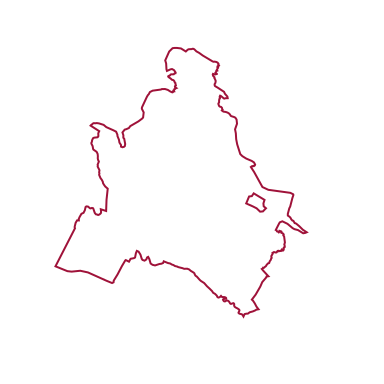 the district of Kailo, Maniema, Democratic Republic of the Congo, rotated 297°
{"feature_id": "63176286B17504702690240", "entity_name": "Kailo", "entity_type": "district", "adm_level": 2, "iso_a3": "COD", "parent_name": "Democratic Republic of the Congo", "parent_adm1": "Maniema", "projection": "equal_earth", "projection_center": [25.788, -2.56], "detail": "fine", "context": "isolated", "style": "outline", "palette": "rose", "viewbox_px": 384, "rotation_deg": 297, "n_neighbors": 0, "source": "geoboundaries", "source_scale": "gbopen_adm2", "svg_char_len": 6104}
<svg xmlns="http://www.w3.org/2000/svg" viewBox="0 0 384 384"><g transform="rotate(297 192 192)"><path d="M319.3,132.1L320.2,129.3L320.2,128.6L320.1,127.8L319.1,126.7L317.8,124.4L316.9,123.6L314.4,122.7L314.9,117.0L313.5,113.1L312.5,111.1L311.3,109.4L306.8,107.9L297.1,108.4L294.8,110.6L289.8,113.5L288.5,114.7L291.1,116.8L292.1,117.8L292.5,118.5L292.4,120.7L291.0,123.2L290.3,123.4L289.7,122.6L288.6,122.3L287.3,119.9L286.9,119.6L286.0,119.5L284.5,118.3L284.0,118.4L283.7,119.2L283.4,121.5L282.9,123.1L283.2,124.6L283.1,125.1L282.6,126.1L281.7,127.0L281.5,127.8L280.9,128.1L279.6,129.3L278.6,128.8L278.2,128.9L277.7,129.3L277.5,130.9L276.8,130.3L276.2,130.2L275.7,129.6L274.1,130.0L274.0,129.4L273.7,129.4L273.4,130.2L272.8,129.4L272.2,129.6L271.8,129.2L271.7,127.0L272.0,124.1L271.5,121.2L270.0,118.4L269.2,117.8L264.4,110.9L261.9,109.1L259.6,109.1L258.2,108.7L256.1,108.6L244.6,109.0L243.4,109.5L241.0,112.8L236.2,114.6L234.9,114.3L230.6,112.2L222.7,107.1L220.3,106.7L218.1,104.9L217.0,103.7L213.5,103.0L211.4,105.1L209.5,106.0L209.1,106.3L208.7,107.4L204.4,110.7L202.4,111.3L201.4,110.9L200.3,109.7L200.2,108.1L201.0,107.8L201.9,107.1L202.3,106.2L203.1,104.9L205.4,103.2L208.0,100.2L209.2,99.5L211.3,97.0L211.3,93.9L210.9,86.2L211.7,82.8L210.9,78.0L210.2,75.9L209.3,74.6L208.8,73.3L208.3,72.8L206.4,72.0L205.9,71.7L205.1,71.5L204.1,81.7L201.8,81.8L199.3,83.2L198.1,83.1L197.8,82.9L196.1,80.3L195.4,79.6L194.8,79.4L192.7,79.5L191.3,80.0L190.2,80.0L189.4,80.4L187.8,82.6L185.4,84.4L185.0,85.0L184.6,88.1L184.3,89.1L183.0,90.7L181.1,91.9L179.3,92.7L178.1,93.6L176.8,95.2L173.5,95.5L172.6,96.2L171.8,96.4L169.7,99.3L169.3,99.7L167.4,100.3L166.5,101.1L165.5,101.3L165.0,101.6L162.9,104.1L161.9,106.1L160.6,107.9L159.5,108.7L158.6,110.1L157.5,112.2L156.7,115.4L146.2,119.4L136.1,124.1L135.2,118.6L132.9,120.1L131.6,120.4L129.9,119.7L128.9,118.8L128.8,117.5L128.5,116.5L129.2,114.9L131.9,112.1L132.6,111.3L132.4,110.1L131.4,109.2L131.2,108.5L131.8,105.9L131.2,104.4L130.3,104.0L127.1,104.8L124.2,104.8L122.4,103.4L118.8,103.2L116.7,103.3L115.3,104.1L114.6,102.5L111.8,102.3L107.9,103.2L107.2,103.5L106.6,104.2L63.8,104.1L64.9,116.9L66.4,120.9L71.1,128.2L73.1,135.8L74.1,156.0L74.6,162.1L75.9,163.1L77.5,162.5L84.8,163.1L94.2,163.2L100.7,163.6L101.3,163.9L101.3,167.5L104.6,167.6L106.7,170.3L107.8,171.0L112.0,169.8L114.5,169.6L114.6,171.5L112.8,174.5L109.6,177.6L109.0,178.8L109.3,180.9L111.1,181.9L113.3,181.7L114.3,182.4L112.9,184.4L109.5,187.6L109.2,189.9L109.8,192.4L113.1,195.7L114.3,197.4L115.7,198.5L117.4,198.3L117.8,202.9L118.4,205.1L118.2,206.9L118.5,208.6L118.3,210.4L118.9,212.9L118.8,213.7L119.8,218.0L120.0,219.8L121.5,222.7L121.7,224.6L121.2,226.6L120.9,230.2L120.6,231.1L119.7,232.0L119.0,233.2L118.8,234.8L117.2,238.8L116.8,240.3L116.4,244.2L114.8,248.2L113.9,251.5L112.8,254.9L111.8,256.6L111.7,258.8L110.9,261.2L110.1,262.1L109.9,262.6L109.9,263.4L110.4,264.0L111.2,264.6L112.6,265.0L112.2,266.0L112.1,266.5L113.2,268.9L113.2,270.2L112.9,270.7L112.5,270.7L111.1,268.9L110.6,268.5L110.1,268.5L109.5,269.4L109.2,270.1L109.3,270.7L109.6,271.2L110.7,271.8L111.2,272.3L111.4,272.9L111.4,273.9L111.1,274.9L110.0,276.6L109.9,277.2L110.1,277.7L111.7,279.2L111.7,279.9L111.3,280.5L109.9,281.1L109.1,282.1L108.9,283.7L108.9,285.3L108.7,287.0L108.5,287.6L107.9,288.1L105.6,288.2L105.3,288.5L105.1,289.5L105.7,291.9L105.4,292.8L104.4,294.4L107.1,294.3L108.2,295.6L109.0,297.0L111.0,298.0L113.2,300.4L115.1,302.0L116.3,302.7L117.7,304.5L119.2,301.4L121.2,298.6L122.8,295.8L123.3,294.2L129.4,295.3L138.7,295.8L143.6,295.5L149.5,296.9L150.5,296.8L151.6,298.3L154.2,291.3L155.1,289.2L155.7,289.6L156.8,289.7L156.8,290.2L157.3,290.6L158.3,290.9L159.4,291.5L161.1,291.6L163.0,292.2L163.8,293.0L165.6,292.7L167.1,293.0L169.0,292.7L169.5,292.9L170.2,292.2L170.9,291.8L173.5,291.9L174.3,291.3L174.6,291.5L174.8,291.9L175.7,292.3L176.1,294.1L176.5,294.7L177.4,294.8L177.7,295.3L178.4,295.1L178.8,295.5L179.0,296.0L178.9,296.6L179.6,297.5L179.8,298.1L180.2,298.3L180.7,298.0L181.8,298.2L181.8,298.5L180.9,299.0L181.0,299.6L181.7,299.9L182.9,299.7L183.9,299.0L184.4,299.1L185.2,299.6L186.7,298.6L187.1,298.1L189.2,297.7L194.3,294.2L194.7,293.2L195.0,292.9L195.9,292.9L196.4,291.5L196.2,290.1L196.4,289.9L197.2,289.8L197.4,289.5L197.1,287.6L196.0,287.9L195.4,287.7L195.7,286.7L195.5,285.6L196.2,284.7L196.2,283.9L203.2,283.9L204.8,284.0L206.9,285.8L207.0,291.5L205.5,298.0L205.4,300.1L206.2,303.7L205.7,309.8L207.0,311.5L208.2,312.5L208.7,307.9L210.2,303.2L211.1,299.3L211.1,298.1L210.9,297.6L212.3,295.5L212.3,294.9L212.1,294.5L212.7,292.9L213.9,291.2L214.3,289.7L214.5,288.1L216.0,287.3L221.6,286.1L223.6,286.1L232.1,284.2L235.4,283.7L235.9,283.2L235.9,280.0L228.6,259.0L228.4,252.5L238.0,238.3L241.0,233.1L242.2,233.7L242.5,234.1L242.5,234.5L243.2,234.9L243.2,235.4L244.2,235.9L245.1,235.8L246.5,233.8L246.8,231.1L246.4,225.1L246.8,220.6L247.7,217.8L254.9,210.7L259.1,207.4L264.2,204.4L267.4,201.9L273.3,201.1L276.8,198.8L277.9,196.9L277.9,195.4L277.4,192.4L277.6,191.7L278.2,190.8L278.7,189.6L278.9,188.0L278.8,186.8L278.6,185.6L277.9,183.5L278.1,182.0L278.2,181.6L279.2,181.9L279.5,181.3L280.5,180.6L280.9,179.7L281.0,179.2L280.7,178.1L280.9,177.2L282.1,175.8L282.9,175.3L284.0,175.5L286.3,174.4L287.4,174.2L287.9,174.4L288.2,174.0L289.0,174.0L289.5,173.4L290.6,173.3L290.7,173.7L290.5,175.0L289.8,177.9L290.0,178.6L290.7,179.2L291.8,181.2L293.1,180.2L294.5,176.7L295.8,175.1L296.7,167.0L296.7,166.1L296.9,164.3L297.2,163.9L298.3,163.2L299.9,163.3L301.7,162.7L302.8,161.5L303.7,160.2L304.4,160.0L305.0,158.2L306.0,157.2L306.8,157.1L307.1,158.9L307.5,159.7L308.1,160.0L308.4,160.5L308.6,160.4L308.6,159.5L309.0,158.7L310.7,159.0L311.1,158.7L311.7,159.4L312.4,158.6L314.2,158.8L314.6,158.0L314.9,157.9L315.2,158.6L315.6,158.6L315.9,157.9L317.0,158.5L317.3,157.7L317.7,157.7L318.0,157.3L318.3,157.3L318.9,156.1L318.9,154.6L318.4,152.9L317.8,152.0L317.7,150.9L318.5,139.6L319.2,135.2L319.3,132.1ZM206.9,264.0L205.4,261.6L206.8,257.0L206.8,252.9L206.4,245.5L213.9,244.9L215.5,247.2L218.8,247.6L217.9,260.2L214.3,260.8L211.8,262.4L211.1,265.3L206.9,264.0Z" fill="none" stroke="#9f1239" stroke-width="2"/></g></svg>